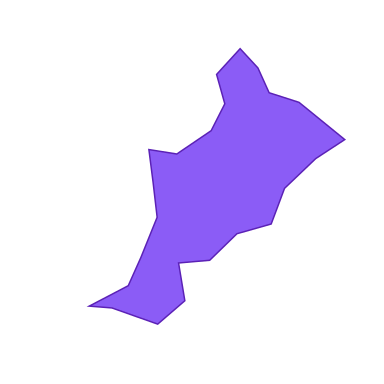 Agios Georgios Soleas, Cyprus, rotated 231°
{"feature_id": "46923920B58040369726665", "entity_name": "Agios Georgios Soleas", "entity_type": "district", "adm_level": 2, "iso_a3": "CYP", "parent_name": "Cyprus", "parent_adm1": "", "projection": "robinson", "projection_center": [32.886, 35.117], "detail": "fine", "context": "isolated", "style": "filled", "palette": "violet", "viewbox_px": 384, "rotation_deg": 231, "n_neighbors": 0, "source": "geoboundaries", "source_scale": "gbopen_adm2", "svg_char_len": 477}
<svg xmlns="http://www.w3.org/2000/svg" viewBox="0 0 384 384"><g transform="rotate(231 192 192)"><path d="M110.9,82.2L112.0,118.0L145.3,136.9L127.8,162.8L131.3,200.7L117.3,233.4L136.6,266.2L140.1,309.2L136.6,343.7L194.3,331.6L220.6,314.4L246.9,321.3L273.1,319.6L267.9,285.1L239.9,273.0L227.6,245.5L231.1,204.1L252.1,185.2L224.1,167.9L194.3,149.0L173.3,111.1L159.3,83.5L168.0,40.3L152.3,56.8L128.8,71.2L110.9,82.2Z" fill="#8b5cf6" stroke="#5b21b6" stroke-width="1.5"/></g></svg>